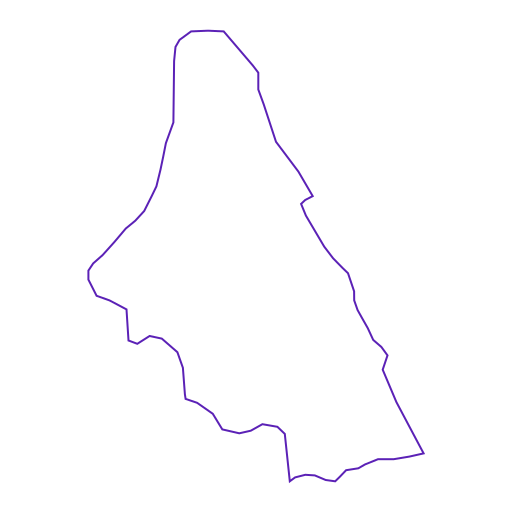 the district of Goseong-gun, Gangwon, South Korea
{"feature_id": "91817680B50485812736392", "entity_name": "Goseong-gun", "entity_type": "district", "adm_level": 2, "iso_a3": "KOR", "parent_name": "South Korea", "parent_adm1": "Gangwon", "projection": "robinson", "projection_center": [128.403, 38.393], "detail": "fine", "context": "isolated", "style": "outline", "palette": "violet", "viewbox_px": 512, "rotation_deg": 0, "n_neighbors": 0, "source": "geoboundaries", "source_scale": "gbopen_adm2", "svg_char_len": 1073}
<svg xmlns="http://www.w3.org/2000/svg" viewBox="0 0 512 512"><path d="M423.6,453.4L396.4,402.1L382.7,369.7L387.5,355.4L381.4,347.0L373.2,339.9L367.8,328.2L362.3,318.5L357.6,310.1L354.2,300.4L354.1,291.3L348.0,273.2L342.6,268.0L333.1,258.3L324.2,246.6L315.4,231.7L305.9,215.6L301.1,203.9L305.2,200.0L312.7,196.1L298.4,171.6L276.0,141.8L263.7,104.3L258.3,89.5L258.3,80.4L258.3,72.7L252.9,65.6L223.7,31.4L208.1,30.7L191.1,31.4L179.6,39.8L175.5,46.9L174.1,61.1L173.4,122.4L165.9,143.1L163.2,156.7L160.5,169.6L156.4,186.4L151.7,196.1L144.2,211.0L135.3,220.7L125.8,228.5L114.3,242.1L102.7,255.0L93.2,263.4L88.4,270.6L88.4,279.6L96.6,295.8L109.5,300.4L126.5,309.4L128.5,340.5L137.3,343.8L149.6,336.0L161.8,338.6L177.4,352.2L182.9,367.8L184.9,394.3L185.6,398.9L197.1,402.8L212.8,413.8L222.3,429.4L239.3,433.3L250.8,430.7L262.4,424.2L277.4,426.8L284.8,433.9L289.8,481.3L295.1,477.4L305.3,474.8L314.8,475.4L325.7,480.0L335.2,481.3L339.9,476.7L346.1,470.2L358.3,468.3L365.1,464.4L378.0,459.2L393.7,459.2L409.3,456.6L423.6,453.4Z" fill="none" stroke="#5b21b6" stroke-width="2"/></svg>